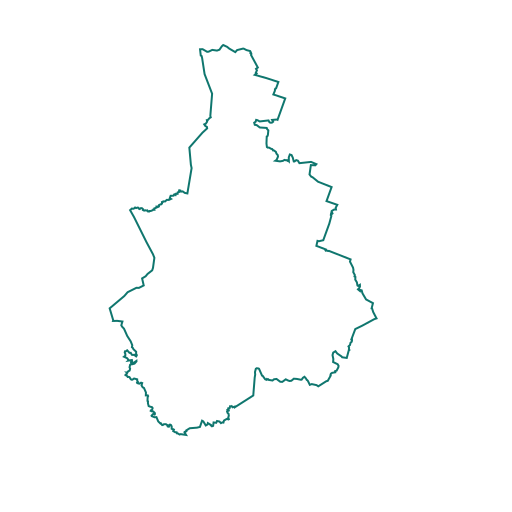 Bērzaunes pag., Madona, Latvia, rotated 108°
{"feature_id": "27541924B65534695905374", "entity_name": "Bērzaunes pag.", "entity_type": "district", "adm_level": 2, "iso_a3": "LVA", "parent_name": "Latvia", "parent_adm1": "Madona", "projection": "orthographic", "projection_center": [25.995, 56.836], "detail": "fine", "context": "isolated", "style": "outline", "palette": "teal", "viewbox_px": 512, "rotation_deg": 108, "n_neighbors": 0, "source": "geoboundaries", "source_scale": "gbopen_adm2", "svg_char_len": 6125}
<svg xmlns="http://www.w3.org/2000/svg" viewBox="0 0 512 512"><g transform="rotate(108 256 256)"><path d="M76.7,373.1L82.4,370.5L82.6,369.5L84.6,368.3L98.9,361.1L115.2,347.9L137.0,342.7L138.1,341.9L139.3,342.9L141.7,343.9L142.0,344.7L143.3,344.0L145.6,344.6L146.8,345.9L148.0,344.4L148.4,342.6L149.7,341.9L155.2,345.0L173.5,352.9L189.4,346.1L192.3,344.4L217.7,340.6L218.0,343.2L217.2,345.7L217.8,346.8L217.8,347.6L217.1,348.1L217.2,349.3L218.1,349.3L218.8,348.8L219.7,350.1L221.1,349.8L221.4,351.2L222.8,351.3L222.6,351.9L222.2,352.1L222.8,352.9L223.9,352.9L224.3,353.4L225.1,355.8L228.1,355.9L227.8,355.3L228.0,354.5L229.6,356.2L230.2,358.2L232.2,359.3L232.7,361.1L233.5,361.3L233.8,362.1L235.2,361.6L236.3,362.3L236.3,362.7L237.6,364.0L238.6,363.7L239.1,364.6L239.5,364.2L240.3,365.2L240.1,365.9L240.9,365.8L242.2,367.4L243.4,366.9L243.6,368.1L244.3,368.3L245.8,370.1L246.1,371.2L246.8,371.5L246.7,372.0L247.0,372.5L246.2,373.5L246.7,374.3L246.7,375.3L247.4,376.4L247.2,377.7L246.5,377.7L245.8,379.2L246.0,380.2L247.3,381.1L247.2,382.0L246.6,382.5L246.4,383.3L247.5,384.9L247.2,385.7L247.3,386.1L248.3,386.5L249.1,387.5L249.2,388.7L251.3,389.9L256.7,384.0L276.6,364.5L286.2,354.5L289.1,352.1L299.1,350.3L301.7,350.3L306.6,353.6L309.4,354.7L312.5,357.4L318.7,353.7L322.5,357.5L323.2,359.9L330.1,366.9L334.8,368.9L351.0,379.0L361.3,371.9L361.9,371.9L360.5,367.6L359.6,362.8L363.5,362.7L364.6,361.5L365.9,359.1L371.8,353.8L375.9,348.8L379.1,346.1L381.1,345.8L381.5,344.7L382.5,343.8L384.1,340.4L386.1,339.8L387.1,338.7L388.5,338.9L388.4,339.6L387.5,341.1L388.1,342.3L388.3,343.6L386.8,345.2L387.2,346.4L385.5,349.4L386.9,350.3L387.1,351.1L388.2,351.1L389.7,349.9L391.2,349.5L392.6,350.4L393.0,347.0L394.4,344.9L395.0,345.2L393.3,341.9L394.4,341.3L395.6,342.1L396.6,341.5L395.7,339.6L392.7,337.3L393.2,337.1L395.9,338.3L397.4,340.6L397.8,341.7L398.3,342.1L400.9,341.9L402.1,340.9L404.0,340.8L405.4,342.1L406.5,342.3L406.7,342.9L406.9,342.4L408.3,342.6L409.2,343.4L409.7,343.3L409.7,342.0L410.7,340.6L410.3,339.9L410.3,338.9L411.9,337.0L412.1,336.2L411.8,335.3L410.2,334.1L410.0,330.9L411.4,330.4L412.2,329.4L413.2,330.0L413.6,329.6L413.5,327.5L412.0,326.2L412.0,325.0L414.4,324.9L415.9,323.2L416.1,321.8L419.8,318.5L422.6,317.7L422.0,315.9L422.6,315.3L423.9,315.4L427.4,314.4L427.6,313.8L429.4,313.3L431.9,311.7L432.0,310.5L431.9,308.2L432.6,307.3L434.7,307.4L435.3,308.3L435.8,308.3L435.9,306.8L435.6,305.6L436.7,303.6L437.7,303.3L438.0,303.4L437.6,304.3L437.9,304.9L440.1,306.0L440.5,305.7L440.7,302.5L440.0,300.9L443.5,297.9L444.9,295.1L444.5,294.8L445.8,293.0L445.6,292.4L444.5,291.7L443.8,289.7L444.1,288.4L445.4,287.3L445.3,286.1L444.6,285.9L443.4,286.3L442.9,285.7L443.1,284.5L444.2,283.5L446.4,282.8L446.5,281.4L446.3,281.0L446.5,280.4L448.1,280.6L448.6,278.3L448.2,277.0L449.1,276.4L448.9,275.5L449.4,273.5L448.7,272.6L447.8,267.2L445.7,269.6L445.3,269.5L444.6,268.4L443.9,268.0L443.4,268.4L440.3,265.8L437.5,259.1L435.9,256.5L429.3,256.4L429.6,255.0L432.7,251.4L431.3,250.1L429.8,250.2L430.6,246.7L431.0,246.7L431.6,245.3L430.8,244.3L427.4,244.9L426.9,242.3L425.0,242.1L424.7,239.6L425.8,237.7L424.6,236.5L424.5,235.5L422.4,235.6L420.8,234.2L419.8,233.2L420.0,231.8L419.6,231.4L418.1,232.5L416.3,232.5L414.5,233.4L414.0,234.6L412.7,235.5L411.4,234.1L410.9,234.4L410.8,234.7L411.3,235.1L411.0,235.6L410.3,235.1L409.4,235.3L408.9,234.1L406.9,234.2L406.7,233.0L406.3,232.7L407.1,231.4L405.8,229.7L406.4,229.4L389.5,215.5L371.9,219.7L369.1,220.1L366.7,221.1L363.3,221.3L362.5,220.6L362.2,218.7L362.4,218.2L367.9,213.3L367.9,212.6L370.4,209.2L370.5,208.2L369.8,207.8L370.2,207.3L369.5,206.8L369.4,206.2L369.9,205.6L369.3,201.8L367.7,200.8L366.6,198.5L368.1,194.1L367.6,192.1L364.1,189.6L364.5,187.0L364.5,185.4L363.7,183.8L361.0,182.1L360.3,179.2L359.8,175.0L359.5,174.4L357.3,173.7L355.9,172.6L357.0,170.7L358.2,169.4L358.2,168.9L358.8,168.0L361.9,165.0L360.6,163.4L360.1,158.5L360.7,156.5L353.3,150.4L352.6,149.2L346.7,148.0L346.4,148.4L344.8,148.4L343.6,147.5L342.1,144.7L341.1,145.2L340.1,143.9L336.5,143.3L335.0,143.5L333.7,144.9L333.0,149.9L330.1,150.6L326.6,152.6L324.0,152.7L322.0,151.0L323.6,148.7L325.1,143.6L325.7,142.8L324.9,138.2L317.3,138.6L316.6,138.2L316.4,138.7L314.3,139.2L313.4,140.1L311.6,139.1L309.3,139.3L308.0,138.5L306.7,138.6L305.3,139.1L305.5,139.5L294.8,139.0L289.5,133.5L279.5,124.0L278.1,122.1L273.1,127.2L269.6,129.7L269.7,129.9L264.7,130.2L263.3,137.9L258.6,143.2L256.0,144.9L256.1,146.2L257.2,146.2L256.2,148.7L254.6,147.9L252.9,147.7L251.3,148.3L252.9,149.6L252.7,150.4L249.9,151.9L247.8,154.3L245.2,155.0L245.0,156.0L243.6,156.1L241.3,158.5L239.1,159.0L237.1,160.1L232.3,164.9L230.0,165.0L228.6,188.3L229.0,188.9L228.9,190.4L229.4,191.3L228.8,192.0L228.2,191.8L227.7,201.7L222.6,202.2L222.5,200.7L220.2,196.9L202.6,196.3L194.6,196.7L194.0,197.5L192.6,197.7L192.3,197.3L192.4,196.7L191.9,196.4L190.9,197.3L190.9,197.8L189.8,197.9L187.7,196.1L187.1,194.3L185.5,195.1L182.2,194.5L182.0,205.9L167.1,205.4L166.2,219.9L163.6,226.6L163.5,228.0L161.9,230.3L152.6,231.9L151.4,227.6L150.0,227.0L149.5,232.7L154.3,243.4L152.4,245.6L152.4,247.4L154.2,248.6L154.4,249.3L151.1,251.4L149.0,253.4L149.0,255.2L152.1,255.3L155.8,254.0L155.2,255.2L155.7,255.5L155.3,256.3L155.7,257.0L155.8,258.6L157.2,259.8L158.6,262.4L159.4,267.0L158.2,266.1L154.7,265.8L153.3,266.5L152.3,268.2L150.8,269.3L150.0,271.9L150.3,272.4L149.3,273.6L149.4,274.6L148.9,277.1L149.3,278.4L149.0,279.3L145.8,280.8L139.1,282.7L138.6,282.2L137.2,282.1L132.7,283.1L131.9,284.6L130.9,285.4L132.6,292.1L131.3,295.8L131.6,297.7L129.8,298.9L128.3,297.8L126.5,297.9L126.4,296.5L126.9,294.1L123.2,286.0L124.5,284.7L124.8,283.7L124.3,282.1L123.0,281.2L121.6,282.7L119.7,278.2L119.8,277.6L97.1,276.9L97.0,289.4L93.0,289.1L91.6,289.5L90.8,289.3L90.4,288.7L83.6,288.5L83.6,301.2L84.1,313.1L82.2,311.9L81.9,312.8L79.1,312.5L78.0,313.8L76.2,312.5L66.3,322.9L65.3,322.8L64.8,323.2L64.6,324.1L63.9,323.9L62.9,324.9L63.1,328.7L62.6,331.8L62.8,332.5L66.0,337.6L68.5,338.7L67.0,345.6L66.0,348.1L65.5,352.4L67.1,353.3L71.1,354.5L72.7,356.6L73.5,361.3L76.3,364.2L76.9,365.6L75.8,370.7L76.7,373.1Z" fill="none" stroke="#0f766e" stroke-width="2"/></g></svg>